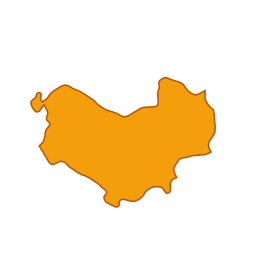 Las Matas de Santa Cruz, Monte Cristi, Dominican Republic (orthographic projection), rotated 239°
{"feature_id": "3306468B23054065948148", "entity_name": "Las Matas de Santa Cruz", "entity_type": "district", "adm_level": 2, "iso_a3": "DOM", "parent_name": "Dominican Republic", "parent_adm1": "Monte Cristi", "projection": "orthographic", "projection_center": [-71.454, 19.622], "detail": "fine", "context": "isolated", "style": "filled", "palette": "amber", "viewbox_px": 256, "rotation_deg": 239, "n_neighbors": 0, "source": "geoboundaries", "source_scale": "gbopen_adm2", "svg_char_len": 3245}
<svg xmlns="http://www.w3.org/2000/svg" viewBox="0 0 256 256"><g transform="rotate(239 128 128)"><path d="M64.6,186.8L68.2,187.1L69.8,187.3L71.4,187.9L72.7,188.7L73.8,189.8L74.7,191.0L76.3,194.6L78.9,199.2L79.7,200.3L80.9,201.2L85.3,204.0L89.0,205.6L93.0,207.9L97.9,210.0L99.2,210.4L99.8,210.5L101.1,210.2L104.4,209.0L106.0,208.7L109.4,208.6L111.9,208.8L113.6,209.3L114.3,209.6L120.3,213.4L120.7,207.0L121.0,204.6L121.5,203.1L121.9,202.5L122.4,202.0L123.6,201.1L126.1,199.7L128.2,198.8L130.6,198.3L134.8,198.0L136.4,197.8L138.1,197.3L138.9,196.9L141.1,195.4L147.8,189.4L151.0,187.3L151.5,186.7L151.9,186.1L152.4,184.7L152.6,183.1L152.5,180.8L152.2,179.3L151.8,178.6L151.4,178.1L150.2,177.3L147.7,176.4L146.6,175.7L146.1,175.3L144.4,173.1L142.8,171.5L141.5,170.7L137.9,169.0L133.6,166.5L132.6,165.5L132.3,164.9L132.1,164.2L132.1,163.4L132.4,162.0L134.1,158.9L135.5,156.1L137.3,152.7L137.9,151.1L138.1,150.3L138.3,148.5L138.4,146.7L138.3,135.7L138.6,133.1L139.1,131.4L140.0,130.1L141.0,129.0L142.2,128.1L145.0,126.7L146.5,125.8L148.6,124.1L154.0,119.2L156.2,117.7L159.2,116.3L163.3,114.3L164.8,113.9L168.1,113.2L169.6,112.8L173.7,110.8L176.7,109.5L180.7,107.3L183.0,106.3L184.4,105.5L189.9,101.3L191.3,100.5L194.2,99.1L196.0,97.7L196.9,96.4L197.3,95.7L197.6,94.9L198.0,93.2L198.2,89.6L198.1,85.0L197.9,82.2L197.5,79.6L196.9,78.0L195.3,74.6L194.9,73.0L194.7,71.3L194.5,67.8L198.0,67.9L200.0,69.9L201.2,70.7L201.8,70.9L202.5,71.0L203.2,70.8L203.9,70.4L204.4,69.7L204.5,68.9L204.5,68.2L204.3,67.6L203.5,66.4L201.5,64.3L201.4,61.7L201.1,60.0L200.8,59.2L200.3,58.4L199.6,57.8L198.0,57.1L195.4,56.7L192.7,56.7L191.0,56.9L190.2,57.2L189.4,57.5L188.8,58.1L188.4,58.8L188.1,60.3L188.5,61.8L190.0,64.8L191.0,67.8L186.3,67.8L184.5,67.6L182.8,67.2L181.5,66.5L178.9,63.6L177.9,62.9L177.3,62.7L176.2,62.5L174.1,63.1L172.9,63.3L171.7,63.0L171.1,62.7L170.3,61.6L169.3,58.3L168.2,56.3L166.7,54.7L163.9,52.7L160.4,49.0L159.7,47.7L158.2,42.6L153.0,42.8L140.7,42.6L139.0,42.7L137.4,43.1L136.7,43.5L136.1,44.0L135.6,44.7L135.3,45.4L134.9,46.9L134.6,51.1L134.1,52.8L133.3,54.1L132.2,55.2L131.6,55.7L131.0,56.1L129.5,56.7L124.8,57.7L120.6,59.7L117.6,60.9L111.9,64.2L108.9,66.8L104.5,69.5L103.1,70.2L100.2,71.5L96.0,73.6L94.4,74.1L90.4,75.0L86.5,76.6L85.2,76.8L84.5,76.8L83.9,76.5L83.4,76.2L83.0,75.7L82.5,74.7L81.9,73.0L81.3,71.9L80.7,71.5L79.4,71.0L78.6,70.9L77.1,70.9L75.5,71.2L74.1,71.9L67.7,76.0L66.6,76.9L66.0,77.8L65.9,78.5L65.8,79.1L66.0,79.7L66.2,80.3L66.6,80.7L68.5,82.0L69.4,82.9L70.0,84.0L70.1,84.7L70.1,85.5L69.8,86.2L69.0,87.5L67.9,88.8L64.1,92.6L62.4,94.7L61.7,96.3L61.3,98.8L61.2,100.5L61.3,102.3L61.8,104.8L62.3,106.3L64.1,109.7L64.7,112.1L64.8,113.8L64.9,116.4L64.7,118.1L64.3,119.8L63.6,121.2L61.6,124.3L60.8,125.5L60.2,125.9L59.6,126.3L58.2,126.7L54.6,126.9L53.3,127.1L52.6,127.3L52.1,127.8L51.7,128.4L51.5,129.1L51.5,129.9L51.6,130.6L51.9,131.2L52.8,132.3L54.5,133.5L56.6,134.4L57.9,135.1L59.1,136.1L60.0,137.3L60.7,138.8L60.9,140.4L60.8,142.1L60.4,144.2L64.7,144.6L66.3,144.9L67.9,145.4L68.6,145.8L69.9,146.7L70.9,147.9L71.8,149.3L74.0,154.1L74.5,155.5L74.7,156.3L74.7,157.9L74.5,158.7L72.5,163.5L71.5,167.6L71.0,169.1L68.9,173.2L67.6,176.2L66.2,178.9L65.5,180.3L65.0,182.8L64.6,186.8Z" fill="#f59e0b" stroke="#b45309" stroke-width="1.5"/></g></svg>